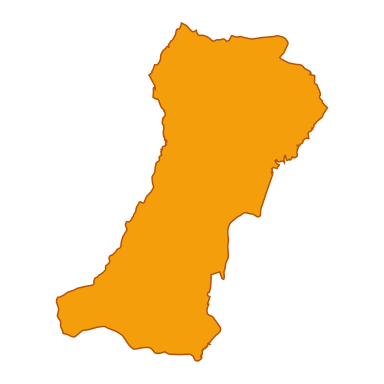 Mehadia, Caras-Severin, Romania
{"feature_id": "2599482B25799438590169", "entity_name": "Mehadia", "entity_type": "district", "adm_level": 2, "iso_a3": "ROU", "parent_name": "Romania", "parent_adm1": "Caras-Severin", "projection": "albers", "projection_center": [22.39, 44.919], "detail": "fine", "context": "isolated", "style": "filled", "palette": "amber", "viewbox_px": 384, "rotation_deg": 0, "n_neighbors": 0, "source": "geoboundaries", "source_scale": "gbopen_adm2", "svg_char_len": 5974}
<svg xmlns="http://www.w3.org/2000/svg" viewBox="0 0 384 384"><path d="M207.0,312.0L207.0,309.0L208.3,305.2L208.8,304.2L207.3,303.9L208.6,301.1L209.9,296.6L208.1,295.9L207.3,295.0L208.1,292.4L209.4,292.3L209.3,291.6L209.9,290.3L210.6,287.2L211.2,277.2L211.0,274.5L212.9,274.3L214.2,273.6L219.7,271.9L221.9,278.3L222.9,279.1L223.7,279.2L224.0,278.5L224.3,276.6L223.9,272.5L224.2,271.0L225.2,268.0L225.7,263.7L226.7,260.9L227.6,259.2L228.3,256.7L228.4,254.9L227.7,246.5L228.2,242.2L228.5,240.4L228.3,238.0L227.8,235.2L227.8,230.1L228.4,227.1L229.6,224.1L231.0,222.3L236.1,218.0L238.6,216.2L240.2,215.6L242.8,213.5L244.6,212.7L246.2,212.8L250.3,213.9L251.8,213.8L253.0,214.1L257.0,216.7L258.4,216.9L260.1,215.9L260.5,214.9L260.6,211.3L261.2,207.5L262.0,205.9L265.7,194.4L272.5,174.9L271.4,172.3L272.1,172.2L272.9,172.5L272.2,170.9L272.1,169.0L271.7,168.5L273.4,167.6L275.4,167.9L276.3,168.5L277.1,168.4L277.6,167.4L277.7,166.7L278.6,166.1L279.3,165.1L279.2,164.7L278.2,164.6L277.5,164.1L276.3,162.9L275.9,161.8L276.1,160.9L275.3,161.0L275.1,160.6L276.5,159.8L277.1,160.4L277.3,161.3L278.7,162.0L280.3,161.7L280.5,161.4L283.2,161.1L284.1,162.0L284.4,162.7L284.6,161.9L284.0,160.4L284.0,159.4L284.4,157.8L284.4,156.6L284.8,156.3L285.0,155.5L285.2,155.3L285.5,155.6L286.1,159.1L286.5,159.9L287.0,160.4L287.6,160.4L288.2,159.9L289.2,159.4L289.7,159.9L290.5,159.9L291.9,158.2L292.2,156.8L292.4,156.7L293.2,157.4L294.4,157.9L295.8,157.3L297.0,156.4L297.3,154.8L297.2,153.9L296.9,153.2L296.9,152.3L297.5,149.6L297.2,149.2L297.8,148.8L298.8,146.7L298.7,146.5L297.6,146.3L297.2,145.8L297.2,145.3L299.8,145.4L300.4,144.3L302.7,142.7L303.2,140.7L304.6,139.0L307.0,138.1L307.7,138.5L308.8,138.6L308.1,134.1L308.3,132.9L308.9,132.0L310.5,131.3L312.5,129.4L312.4,128.9L311.9,128.6L311.8,128.3L312.0,128.1L312.9,128.5L313.3,127.2L314.0,126.3L313.8,124.9L316.2,122.8L316.7,121.6L321.9,117.4L322.4,116.7L322.8,115.2L323.9,113.2L327.5,107.7L324.4,104.8L323.6,103.7L322.9,103.6L322.4,102.6L322.4,101.0L319.8,98.2L319.6,97.8L319.6,95.9L320.2,95.3L320.3,94.4L320.1,92.8L319.1,89.8L317.5,86.8L317.6,86.2L317.1,84.9L314.6,83.2L314.4,82.5L314.7,80.5L314.4,79.8L314.7,79.4L314.6,77.2L314.8,76.0L314.6,75.6L313.7,75.3L311.4,75.0L309.8,74.4L311.0,73.2L310.7,72.4L309.7,71.2L304.7,68.5L303.2,66.6L301.8,65.4L299.8,64.6L296.1,64.4L288.9,63.0L281.7,59.3L280.5,58.4L279.7,57.3L283.8,52.9L287.9,44.1L288.1,43.0L287.2,41.1L285.2,38.5L282.9,37.1L277.4,35.7L273.0,36.6L262.2,37.5L251.8,39.1L243.7,37.5L241.2,36.5L236.1,37.1L231.8,35.6L231.3,36.2L229.2,40.2L226.9,41.4L226.5,41.5L225.7,40.2L224.1,39.1L223.1,39.0L219.4,39.9L217.8,39.7L216.5,39.9L214.0,41.1L213.1,41.1L212.0,40.6L208.9,37.8L206.0,36.3L202.9,35.3L199.2,35.3L198.1,34.9L196.8,32.8L196.3,30.3L194.3,31.5L193.1,31.8L192.1,31.4L190.2,29.8L188.0,27.1L185.7,25.1L181.4,23.0L181.1,25.0L180.2,27.2L180.0,28.0L179.0,28.9L176.9,29.3L176.2,31.0L175.5,34.5L174.1,37.3L172.1,40.5L170.7,41.2L170.0,42.8L169.2,43.6L168.5,44.5L168.4,45.5L168.9,46.1L169.1,47.7L168.5,46.7L166.9,46.7L165.4,48.7L164.2,49.6L162.4,51.6L161.1,54.2L160.6,55.7L160.6,58.5L159.9,60.9L159.2,62.2L157.8,64.3L156.4,65.0L154.6,64.8L153.0,69.7L151.8,71.6L151.8,72.9L149.0,75.0L154.2,84.6L155.1,86.6L155.3,89.0L154.2,87.5L153.4,88.0L153.4,92.6L153.0,97.3L153.5,97.5L154.9,98.6L156.4,99.1L157.4,98.8L157.9,99.2L158.9,100.9L159.7,103.5L161.4,107.5L164.4,110.6L163.9,110.9L165.1,113.0L165.3,115.2L164.7,116.4L163.9,117.4L163.4,117.3L162.8,118.3L163.0,119.1L162.2,121.7L162.5,124.0L163.7,125.6L163.8,129.0L163.5,130.2L163.2,133.5L163.7,135.3L163.5,135.6L163.8,136.1L163.8,136.7L164.3,137.0L164.7,138.3L164.9,139.3L164.6,140.0L165.0,140.3L165.9,140.1L166.4,140.4L166.6,140.8L166.7,142.1L165.9,141.8L166.0,142.4L165.5,143.4L165.6,144.1L166.2,144.7L165.2,145.6L164.9,146.3L163.9,146.2L162.4,147.0L162.1,147.8L162.4,148.7L162.2,149.6L161.1,149.4L161.2,149.9L161.7,150.2L161.6,151.0L160.9,151.5L161.1,152.7L161.3,153.0L161.3,153.5L161.0,153.8L161.6,155.4L160.0,156.0L159.1,157.3L159.4,160.1L159.0,161.0L157.6,161.7L155.9,163.4L156.0,163.9L155.3,167.0L154.9,171.0L154.6,172.7L152.3,176.3L152.0,177.8L152.5,183.0L153.6,186.2L153.3,187.9L150.9,192.0L146.9,196.1L145.8,198.1L144.2,202.3L143.5,202.9L142.1,202.9L140.6,201.8L139.2,202.1L137.9,205.1L136.8,206.6L136.1,208.7L136.0,210.2L135.7,211.7L133.9,214.4L133.3,216.5L131.8,218.5L131.2,220.0L129.3,221.8L126.8,221.7L125.9,222.8L125.5,223.8L125.5,225.1L126.1,227.1L126.9,228.7L126.9,229.9L123.0,236.4L121.4,241.5L120.9,245.4L120.9,246.7L119.8,248.0L117.1,249.4L115.7,251.9L112.5,254.8L110.4,255.6L109.8,256.1L109.0,257.4L109.1,259.0L109.7,260.8L109.6,261.9L108.8,263.3L105.7,265.9L105.5,267.1L105.8,269.1L105.2,270.1L103.5,272.1L101.1,274.0L99.2,274.9L97.6,276.9L95.2,278.0L94.7,278.7L94.0,280.7L93.8,282.0L94.1,283.3L93.6,284.2L92.6,285.1L85.1,286.5L77.7,288.2L73.7,290.2L67.9,292.2L64.0,294.9L60.4,296.9L57.6,297.4L56.6,299.8L56.5,302.2L58.6,308.5L58.5,310.6L57.3,315.6L58.4,318.2L59.6,319.7L60.6,321.4L60.7,323.3L60.5,325.2L60.8,326.9L61.4,328.4L62.5,330.5L63.1,333.4L66.2,334.1L69.2,335.2L70.8,336.2L73.2,336.9L74.9,336.8L82.3,330.6L84.5,330.1L87.6,329.9L97.7,327.1L103.8,326.4L105.5,326.8L108.2,328.3L116.5,331.5L122.3,335.3L125.2,339.3L128.4,344.4L130.6,346.8L133.2,348.9L134.0,349.1L137.3,348.8L142.4,347.7L148.1,347.4L149.0,347.5L151.5,348.7L154.6,352.6L156.4,353.4L160.3,353.2L164.3,351.9L165.1,352.0L167.8,353.6L169.7,354.2L180.8,354.6L189.4,354.1L190.5,354.4L193.4,356.4L194.6,359.6L195.4,360.5L197.3,361.0L198.8,360.7L201.1,359.0L201.8,357.6L201.8,357.0L200.8,356.7L200.7,356.4L201.3,356.2L201.0,355.3L201.8,354.8L201.8,354.4L202.2,354.4L202.2,350.6L203.0,350.4L202.8,349.2L205.4,348.5L205.1,347.5L206.0,347.1L206.1,347.4L207.5,346.4L207.3,345.7L207.9,345.0L207.6,344.1L208.1,343.4L209.5,344.4L209.9,344.4L208.7,343.0L210.3,341.9L212.1,339.3L216.0,335.2L218.9,332.8L220.3,331.0L220.7,329.2L220.6,328.2L219.6,326.4L213.2,317.4L211.4,316.0L208.8,315.0L207.7,313.9L207.4,313.5L207.0,312.0Z" fill="#f59e0b" stroke="#b45309" stroke-width="1.5"/></svg>